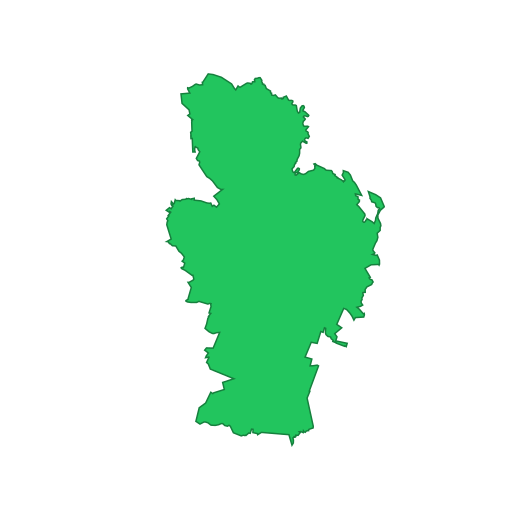 Cunduacán, Tabasco, Mexico, rotated 239°
{"feature_id": "50627088B6162442693475", "entity_name": "Cunduacán", "entity_type": "district", "adm_level": 2, "iso_a3": "MEX", "parent_name": "Mexico", "parent_adm1": "Tabasco", "projection": "mercator", "projection_center": [-93.209, 18.087], "detail": "fine", "context": "isolated", "style": "filled", "palette": "green", "viewbox_px": 512, "rotation_deg": 239, "n_neighbors": 0, "source": "geoboundaries", "source_scale": "gbopen_adm2", "svg_char_len": 6147}
<svg xmlns="http://www.w3.org/2000/svg" viewBox="0 0 512 512"><g transform="rotate(239 256 256)"><path d="M253.4,385.5L247.9,384.2L246.7,383.4L244.6,383.6L242.9,383.1L240.3,385.4L239.1,385.4L236.7,384.5L234.8,385.1L234.2,386.2L233.0,386.4L232.2,384.3L229.7,382.2L226.9,378.2L225.0,376.8L223.0,374.0L225.5,373.2L230.7,370.4L230.1,370.2L230.1,368.4L229.4,367.7L229.1,366.3L229.4,365.7L230.7,365.3L231.8,366.1L234.4,370.2L235.9,370.9L245.4,369.6L248.1,368.8L249.4,372.6L250.7,373.5L251.9,372.7L254.3,373.9L256.4,372.5L258.1,373.2L253.5,377.8L265.2,378.5L268.4,378.3L270.6,377.6L276.8,378.6L280.3,378.1L284.2,374.8L282.4,373.8L281.0,371.5L275.5,371.6L274.9,371.0L274.7,370.3L275.3,369.7L274.7,369.2L277.3,368.4L281.0,366.0L281.1,366.4L284.4,365.0L285.1,365.8L287.1,364.3L289.0,364.8L290.4,364.6L293.2,360.6L294.3,359.9L295.5,359.8L302.6,354.9L304.7,354.3L305.0,353.0L302.7,353.2L302.5,352.5L300.9,351.7L299.9,349.6L301.5,344.5L301.0,341.0L301.4,338.8L303.1,337.0L305.2,336.0L304.6,332.0L305.3,331.3L306.8,332.1L307.0,332.9L306.1,334.4L307.6,337.5L308.5,338.1L309.4,337.7L309.8,336.8L308.0,332.3L308.2,331.3L309.4,330.9L312.1,331.7L313.0,334.7L314.6,336.2L315.1,337.9L315.8,338.0L316.1,339.8L317.6,341.0L319.7,344.5L321.6,346.3L324.9,348.3L325.4,349.9L326.1,350.5L328.8,351.6L329.7,352.4L330.5,355.0L326.7,357.1L326.5,357.7L327.6,358.4L329.4,357.3L330.9,357.6L331.6,359.1L331.1,360.3L330.0,361.2L331.1,363.3L334.1,363.5L334.7,364.2L335.9,364.2L337.2,363.3L338.4,363.6L339.8,367.6L340.6,367.2L342.4,364.0L343.8,363.9L345.6,364.4L347.2,366.1L347.3,367.3L348.0,368.8L350.8,368.2L351.2,368.8L351.0,370.2L348.9,372.0L348.8,372.8L349.4,373.7L354.6,372.2L356.2,371.0L357.0,371.6L358.3,373.9L359.7,374.3L360.6,373.9L361.0,372.8L360.0,370.2L356.6,367.4L356.7,366.0L359.0,366.0L364.1,368.0L365.0,367.6L366.4,365.5L367.2,365.1L368.2,365.2L369.1,367.0L370.0,367.4L370.9,366.8L372.1,364.8L372.9,364.2L377.5,364.4L378.0,361.0L377.0,360.5L377.2,359.1L378.2,359.2L379.5,356.8L380.5,356.2L384.1,355.6L384.6,353.7L385.8,352.3L387.6,353.2L388.0,352.6L388.8,352.7L389.9,353.4L394.2,351.1L397.6,351.7L398.5,351.0L399.3,351.2L400.0,350.1L401.0,350.6L402.7,350.7L403.6,351.5L406.7,351.4L407.3,350.5L407.7,348.5L408.6,346.8L407.8,345.3L407.0,345.3L406.0,344.7L407.1,342.7L405.8,341.1L405.9,340.2L406.9,340.1L408.6,338.0L408.9,336.8L408.8,329.3L409.7,328.6L411.0,328.2L408.8,324.2L410.7,323.8L416.1,323.7L427.0,318.4L433.6,312.7L436.7,308.8L432.3,299.8L432.5,299.4L430.3,298.5L431.6,295.7L434.2,293.3L434.4,292.4L434.1,288.8L434.5,285.0L435.4,284.1L434.5,283.5L429.7,283.2L433.6,275.2L424.9,271.2L415.8,273.9L411.8,272.5L411.6,269.9L406.0,271.8L406.3,271.3L405.2,270.6L404.8,270.9L404.0,269.9L395.9,265.4L395.7,263.7L392.4,262.2L392.5,262.0L390.1,260.7L389.6,261.9L377.7,255.4L376.5,257.4L378.5,258.0L379.4,258.8L380.0,258.7L380.7,260.1L381.6,260.3L380.3,260.5L378.5,261.7L376.9,261.2L374.3,261.5L370.4,255.1L367.9,255.1L366.5,256.4L365.3,256.0L363.5,254.1L349.4,254.7L346.3,256.3L342.7,257.4L334.6,258.2L331.1,260.2L330.3,261.6L329.0,250.6L324.5,251.5L319.5,251.4L318.2,247.3L321.2,246.1L321.1,244.1L324.7,244.5L325.2,243.2L326.8,241.2L331.6,237.2L335.7,231.8L337.3,232.8L338.2,230.2L337.7,229.9L340.1,227.7L340.3,226.7L341.1,226.0L340.8,225.0L342.4,221.8L342.2,219.3L342.5,219.4L345.0,215.8L345.8,215.7L343.2,213.0L343.0,212.1L346.2,211.5L344.3,209.9L343.0,210.6L342.6,209.8L341.5,210.5L340.2,207.6L342.0,206.8L341.4,202.6L338.5,204.0L338.8,204.9L337.5,205.5L335.9,201.5L335.2,201.8L333.9,198.6L331.6,198.6L330.8,197.3L328.7,195.6L314.2,192.0L314.3,187.0L313.5,188.0L311.1,188.2L310.9,188.8L307.9,189.6L305.9,192.4L299.7,192.4L296.8,193.5L292.1,194.1L290.0,191.7L289.6,190.0L286.6,191.3L283.5,187.9L284.5,187.0L284.4,185.7L283.2,185.9L280.5,187.7L272.2,191.3L272.0,192.0L268.2,190.8L267.7,189.4L267.9,185.1L268.4,184.2L262.3,184.3L254.5,175.9L253.9,175.7L253.9,173.0L253.4,172.7L252.0,173.5L249.6,176.4L246.8,181.1L246.5,183.7L239.6,190.0L239.2,192.0L238.3,192.9L237.7,192.2L235.8,191.4L231.4,186.4L230.1,187.7L228.7,184.2L228.3,184.4L227.3,182.6L223.1,178.6L220.2,175.0L215.3,176.7L212.1,178.7L211.2,179.9L210.6,182.7L209.2,185.5L199.1,171.8L202.7,166.2L201.7,163.5L197.4,165.2L196.0,162.0L194.8,160.4L193.7,163.5L193.4,163.5L190.2,158.8L188.0,159.5L182.6,158.6L162.2,173.8L164.8,162.3L157.9,160.1L160.5,149.3L160.3,148.1L162.5,147.1L155.9,137.1L155.2,129.2L145.2,119.3L144.4,119.7L140.8,121.4L140.5,125.7L140.0,126.9L137.8,128.9L134.2,130.3L131.8,133.8L130.6,137.2L130.3,139.8L129.4,141.2L126.8,141.9L124.8,143.9L124.8,145.7L123.3,146.3L116.1,145.6L109.4,150.7L108.9,152.9L107.8,154.0L107.7,155.2L107.4,155.2L108.0,158.6L107.0,159.7L109.9,163.0L109.0,164.2L106.2,162.4L103.0,165.8L102.0,165.4L102.0,169.8L85.9,192.2L75.3,189.4L76.5,191.7L78.9,193.3L81.0,193.9L81.1,195.0L80.7,195.9L81.4,195.9L80.8,197.2L81.9,197.8L80.6,199.7L81.8,202.8L83.1,202.5L82.5,203.9L80.3,205.5L81.7,206.6L80.5,206.7L79.5,207.4L80.1,209.1L79.2,211.2L80.0,211.6L80.1,212.3L79.2,216.4L80.6,217.4L107.9,226.6L112.3,232.5L112.8,232.1L129.6,253.0L130.9,252.3L132.8,247.8L134.0,245.8L138.9,250.8L144.1,246.0L153.6,258.9L149.6,263.4L157.9,272.7L156.0,274.2L159.2,277.7L158.1,278.5L154.5,276.0L152.6,275.5L150.0,276.2L148.2,278.2L146.4,277.8L144.0,278.7L143.2,277.8L140.2,280.1L140.0,279.9L133.0,285.4L133.2,285.9L131.8,286.6L134.2,289.2L142.2,280.6L145.0,283.8L148.9,283.5L150.3,292.5L155.8,290.0L165.9,304.2L163.5,306.1L158.4,307.1L154.8,307.3L150.6,306.9L152.0,309.5L148.2,316.9L149.7,318.6L151.1,319.2L151.2,318.2L157.1,317.2L160.1,316.1L159.0,319.7L159.0,322.2L161.5,322.0L162.8,322.6L163.5,323.2L163.9,324.4L165.6,325.2L166.9,327.7L169.4,328.5L169.6,328.9L168.6,330.9L171.1,332.3L172.4,335.2L172.0,340.4L173.3,342.3L173.4,343.0L175.9,343.1L177.0,342.0L177.9,341.7L179.0,341.7L178.9,343.0L189.3,343.0L189.2,350.1L185.6,356.8L184.8,356.8L185.4,357.7L188.9,359.7L194.5,360.4L194.7,359.2L197.3,356.7L197.1,358.4L197.5,359.5L200.5,359.1L201.6,359.6L205.6,365.1L206.8,367.5L209.3,370.1L213.1,371.6L214.0,375.6L216.5,377.1L217.6,378.6L219.8,379.5L225.6,380.0L228.3,381.5L231.1,386.1L232.0,391.0L232.4,391.4L241.7,392.7L246.9,390.2L253.4,385.5Z" fill="#22c55e" stroke="#15803d" stroke-width="1.5"/></g></svg>